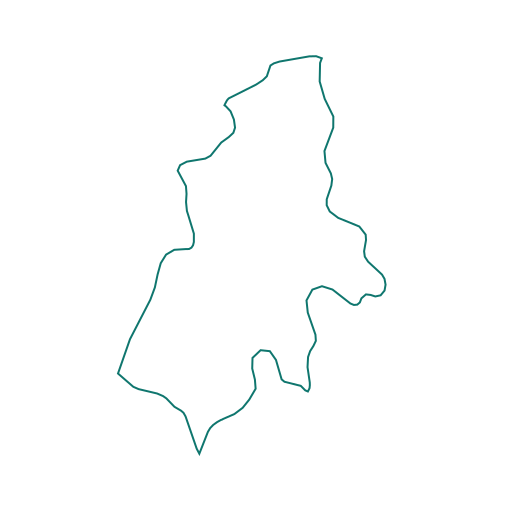 map outline of Syunik (Robinson projection), rotated 48°
{"feature_id": "ARM-1732", "entity_name": "Syunik", "entity_type": "Province", "adm_level": 1, "iso_a3": "ARM", "parent_name": "Armenia", "parent_adm1": "", "projection": "robinson", "projection_center": [46.179, 39.357], "detail": "fine", "context": "isolated", "style": "outline", "palette": "teal", "viewbox_px": 512, "rotation_deg": 48, "n_neighbors": 0, "source": "natural_earth", "source_scale": "10m", "svg_char_len": 1717}
<svg xmlns="http://www.w3.org/2000/svg" viewBox="0 0 512 512"><g transform="rotate(48 256 256)"><path d="M153.1,74.8L155.4,79.2L168.9,91.9L175.3,95.0L185.2,99.8L204.1,105.2L212.3,112.7L223.8,134.9L233.3,142.0L244.7,145.1L249.8,147.9L254.1,152.9L261.2,165.5L265.6,169.5L272.3,171.4L282.7,169.4L303.2,159.5L313.5,160.2L317.7,163.5L324.8,172.5L329.3,175.6L335.2,176.5L354.2,174.8L359.0,175.8L364.0,178.9L367.7,183.6L368.6,189.7L365.9,194.4L361.6,196.9L358.1,200.0L358.0,206.0L360.0,209.9L359.9,213.3L357.9,216.0L354.3,217.7L354.1,217.7L332.1,221.6L322.6,227.2L318.7,236.6L322.8,248.2L332.7,255.4L354.3,264.5L359.1,268.3L361.3,273.6L362.9,279.4L365.9,284.9L373.1,292.1L386.0,300.7L388.0,302.4L390.0,304.6L390.4,305.5L391.4,308.1L388.8,309.3L382.5,309.6L368.5,319.0L364.8,319.5L346.6,310.7L336.0,309.4L329.1,315.6L329.4,326.8L337.1,334.1L347.1,339.5L354.4,345.1L358.2,357.1L359.9,367.5L359.0,377.8L355.1,389.5L354.9,390.6L354.4,391.7L353.4,396.1L352.9,400.7L353.2,405.1L354.5,409.4L365.0,430.4L359.5,429.0L328.1,415.7L324.0,414.8L320.8,415.2L313.5,417.5L301.8,417.9L297.9,418.8L292.0,421.5L276.4,432.3L271.1,434.7L251.0,437.2L233.5,405.3L217.8,363.8L211.7,352.2L203.9,341.5L197.6,331.6L194.8,321.9L196.7,312.6L203.9,303.5L206.0,301.1L206.6,298.4L205.9,295.6L204.0,292.8L197.8,287.2L180.7,279.2L176.3,277.2L169.1,271.9L163.4,266.1L157.2,261.3L140.2,257.1L139.4,255.4L137.7,251.6L139.6,244.3L149.7,228.5L151.1,222.7L148.4,205.9L149.4,196.6L149.3,190.4L146.6,185.7L139.8,181.1L131.5,178.1L124.6,178.2L122.9,178.6L122.6,178.0L121.2,174.3L120.8,172.8L120.6,170.8L128.7,141.2L129.9,133.4L129.7,127.7L124.1,117.8L124.8,113.8L127.3,108.3L143.3,82.8L147.8,77.6L153.1,74.8Z" fill="none" stroke="#0f766e" stroke-width="2"/></g></svg>